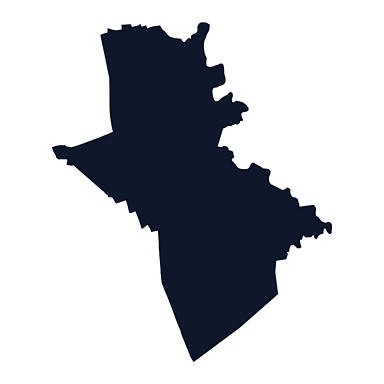 the district of Serrekunda East, Banjul, Gambia
{"feature_id": "56634734B18055278254530", "entity_name": "Serrekunda East", "entity_type": "district", "adm_level": 2, "iso_a3": "GMB", "parent_name": "Gambia", "parent_adm1": "Banjul", "projection": "natural_earth1", "projection_center": [-16.66, 13.41], "detail": "fine", "context": "isolated", "style": "filled", "palette": "ink", "viewbox_px": 384, "rotation_deg": 0, "n_neighbors": 0, "source": "geoboundaries", "source_scale": "gbopen_adm2", "svg_char_len": 5812}
<svg xmlns="http://www.w3.org/2000/svg" viewBox="0 0 384 384"><path d="M101.2,35.4L102.9,43.8L103.0,44.2L103.1,44.4L110.0,77.9L110.0,78.9L110.2,91.0L110.3,109.4L110.8,115.7L112.2,125.5L113.8,132.3L97.2,139.1L76.6,146.6L76.0,146.7L72.6,147.7L72.1,148.0L71.2,148.0L69.6,147.7L67.5,147.4L65.1,146.8L64.9,145.9L62.8,146.0L61.5,145.9L60.5,145.9L57.7,146.3L55.0,147.0L53.0,147.6L52.8,147.7L53.7,150.5L53.8,150.7L57.0,156.5L57.0,157.4L58.9,158.7L61.5,158.4L62.8,158.5L64.9,158.5L67.0,158.7L68.3,159.0L68.2,159.5L68.1,160.2L67.4,164.1L68.5,164.4L69.9,164.6L70.7,164.8L71.8,165.1L72.4,163.8L72.5,163.5L80.0,170.1L84.8,174.3L85.6,174.9L89.8,178.6L92.6,181.1L94.7,182.8L96.4,184.4L98.0,185.9L100.2,187.8L103.0,190.1L104.3,191.0L105.7,192.7L106.8,193.9L107.5,194.3L108.6,194.8L108.6,196.2L108.6,196.4L110.2,196.5L112.5,196.6L113.6,198.0L116.2,202.6L116.3,202.7L126.4,199.3L128.2,205.1L128.4,205.9L129.2,209.6L130.0,212.3L132.1,212.0L133.9,211.1L135.7,210.1L137.4,214.3L139.3,219.1L141.5,225.6L142.2,227.9L144.1,226.6L145.8,225.2L147.9,223.6L149.0,225.6L150.4,227.8L151.3,229.7L151.8,231.2L154.1,230.6L156.5,230.2L158.7,229.9L159.0,235.6L159.6,244.0L159.5,247.2L160.0,252.7L160.0,255.0L160.3,257.5L160.8,263.2L161.0,266.0L161.3,269.9L161.4,273.2L161.6,275.3L162.3,281.8L162.7,283.6L163.1,284.4L163.5,285.4L165.8,291.4L167.4,294.9L169.4,300.0L170.8,303.8L172.2,307.2L176.2,318.2L176.8,319.9L177.7,322.2L179.0,325.2L179.3,326.0L180.9,329.6L182.2,334.3L191.5,357.3L193.8,361.0L218.5,342.6L231.2,333.2L239.1,327.3L277.3,293.8L274.5,272.0L275.6,260.1L285.6,258.6L287.1,254.2L285.3,251.7L288.4,251.2L288.8,248.6L289.7,246.1L290.4,244.6L292.3,244.6L293.6,243.6L297.6,247.6L300.0,247.4L300.5,247.0L300.5,245.9L299.8,244.6L299.3,241.9L299.3,239.2L301.5,238.8L301.8,237.3L302.4,235.3L303.6,234.6L304.0,234.4L305.5,236.6L308.3,236.6L309.9,236.5L311.1,236.3L311.7,234.9L312.7,234.7L313.9,234.6L314.8,235.4L314.9,237.3L316.0,238.4L317.1,236.8L318.0,235.3L319.4,234.0L320.8,233.5L322.7,232.9L323.0,229.5L323.6,228.0L324.8,227.6L326.0,228.0L327.3,230.5L328.8,232.8L330.1,233.3L331.1,232.3L330.8,230.2L331.2,228.5L331.1,224.7L330.5,223.7L329.5,222.8L328.1,222.8L326.9,223.1L325.5,223.7L322.0,222.4L320.7,221.5L320.1,220.8L319.3,219.7L317.8,217.7L316.0,216.7L315.4,215.9L315.2,215.2L314.8,212.3L315.3,210.4L315.3,209.9L315.2,208.0L313.7,205.9L313.4,205.6L298.2,207.6L298.6,207.0L298.6,204.5L297.6,201.7L297.3,199.9L296.3,198.9L295.4,198.4L294.7,198.2L293.6,198.1L292.5,197.8L291.2,196.8L290.5,195.5L289.8,193.5L289.7,192.7L289.4,191.6L289.5,190.5L289.7,189.5L287.4,188.2L286.4,189.0L285.5,189.8L284.0,190.5L283.3,190.5L282.4,190.7L281.3,190.3L278.2,188.6L277.1,188.0L274.9,187.0L272.9,186.0L271.1,185.3L269.9,184.1L268.8,182.6L268.2,179.3L268.1,178.4L268.3,177.2L269.0,175.0L269.6,173.7L269.6,173.0L269.9,171.9L269.3,170.6L268.1,169.8L266.2,169.4L264.3,169.3L263.0,169.1L260.4,167.5L259.4,166.7L258.0,166.2L256.6,165.4L255.8,165.1L255.0,164.3L253.8,163.6L252.8,163.4L251.5,164.5L250.6,166.4L249.9,167.6L249.6,168.4L248.4,169.1L247.6,169.7L245.5,169.9L242.4,169.8L240.2,169.5L238.9,169.0L237.9,168.5L236.6,167.3L236.1,166.6L235.1,164.8L234.6,164.3L233.5,163.2L232.4,162.3L231.8,161.6L231.2,160.9L231.1,160.1L231.0,159.5L231.4,158.5L232.1,157.7L232.9,157.6L233.1,156.9L233.6,156.4L232.5,154.6L232.7,153.7L232.7,153.1L232.5,152.7L231.9,151.8L231.1,151.5L230.3,151.3L229.5,151.3L228.8,150.9L227.9,149.8L227.8,148.7L227.1,147.5L225.3,146.8L224.2,146.7L223.4,146.9L222.3,147.8L221.2,148.0L220.2,147.7L219.3,147.5L218.6,147.4L216.6,147.4L222.5,128.0L225.1,127.0L226.7,125.8L228.5,125.0L229.6,125.2L231.0,125.3L231.7,124.7L233.2,124.0L234.9,123.4L237.3,123.9L238.2,123.3L239.1,122.3L239.5,121.1L240.0,120.2L242.3,120.1L242.4,119.9L241.8,119.0L241.3,117.7L241.0,117.0L240.8,116.0L240.6,115.2L240.6,114.3L240.7,113.6L240.9,112.9L241.2,112.4L242.6,111.6L245.0,111.2L246.4,110.9L247.8,109.8L247.9,109.3L247.7,108.8L247.7,108.0L247.2,107.4L246.3,106.1L245.2,105.0L244.1,104.1L242.7,103.2L241.9,102.8L240.5,102.4L236.5,101.5L236.3,101.5L234.1,103.0L233.1,103.1L231.7,102.5L231.2,101.3L231.1,98.9L232.1,96.2L232.1,94.4L231.5,93.3L230.6,92.7L229.1,93.8L227.9,95.1L226.8,95.8L225.0,96.8L223.7,97.4L222.1,98.6L220.8,99.6L219.8,100.6L218.5,101.6L216.5,102.1L215.6,101.9L214.1,101.0L213.4,100.0L212.9,98.6L212.4,96.9L212.0,94.7L211.7,93.5L211.7,91.1L212.0,88.8L212.2,88.3L214.1,86.9L215.1,87.0L217.1,86.5L219.9,85.1L221.3,84.7L222.8,84.0L223.7,83.4L224.1,82.9L224.8,81.4L224.8,79.3L224.6,77.5L224.1,75.8L223.6,74.2L223.5,73.5L223.5,72.3L223.4,69.4L223.1,66.8L222.9,65.5L222.2,64.5L220.9,64.2L217.7,65.6L216.4,65.9L215.8,66.1L213.2,67.1L211.4,67.7L209.9,67.7L208.3,67.4L207.2,67.0L206.4,66.5L205.7,65.2L205.5,63.1L205.7,61.6L205.7,60.0L205.9,59.1L205.9,58.3L204.6,55.3L204.3,54.7L203.9,53.0L203.3,49.5L203.2,48.4L203.1,45.6L203.2,43.5L203.5,41.8L203.8,40.3L204.6,38.6L205.7,35.4L206.6,33.4L207.8,31.3L208.6,29.3L208.7,28.3L208.7,27.0L209.1,25.2L208.9,25.2L208.7,25.0L207.9,24.4L205.8,23.2L204.0,23.2L201.5,23.0L199.3,24.3L198.1,26.9L198.2,29.6L198.2,29.8L198.1,31.3L197.5,32.6L196.3,33.5L193.5,35.0L192.2,35.7L191.6,36.4L191.8,37.3L192.1,38.1L191.8,38.9L191.1,39.5L190.3,39.6L189.5,38.9L188.4,39.1L187.8,39.8L186.1,41.4L185.6,42.4L184.8,42.9L184.0,42.9L182.8,42.4L182.1,41.8L180.8,39.7L179.9,39.3L178.5,39.3L176.9,39.1L175.2,38.9L171.7,38.1L170.9,37.8L169.5,37.3L167.6,35.8L164.4,32.0L162.2,30.3L159.9,26.7L159.7,26.2L158.5,26.4L157.2,26.6L155.6,26.8L152.7,27.2L150.3,27.9L147.0,29.5L146.9,29.5L145.6,26.2L143.2,27.0L141.5,27.6L140.6,26.1L140.0,25.0L139.2,25.7L137.5,26.4L131.6,27.8L131.3,27.9L130.5,25.0L126.8,25.2L124.3,25.5L122.2,25.5L122.3,26.5L122.4,27.6L122.5,30.2L119.4,30.6L115.9,31.1L110.7,30.0L108.4,29.1L108.3,30.1L108.3,32.0L108.3,33.1L107.8,33.2L106.7,33.5L103.9,34.3L102.8,34.7L101.2,35.4Z" fill="#0f172a" stroke="#020617" stroke-width="1.5"/></svg>